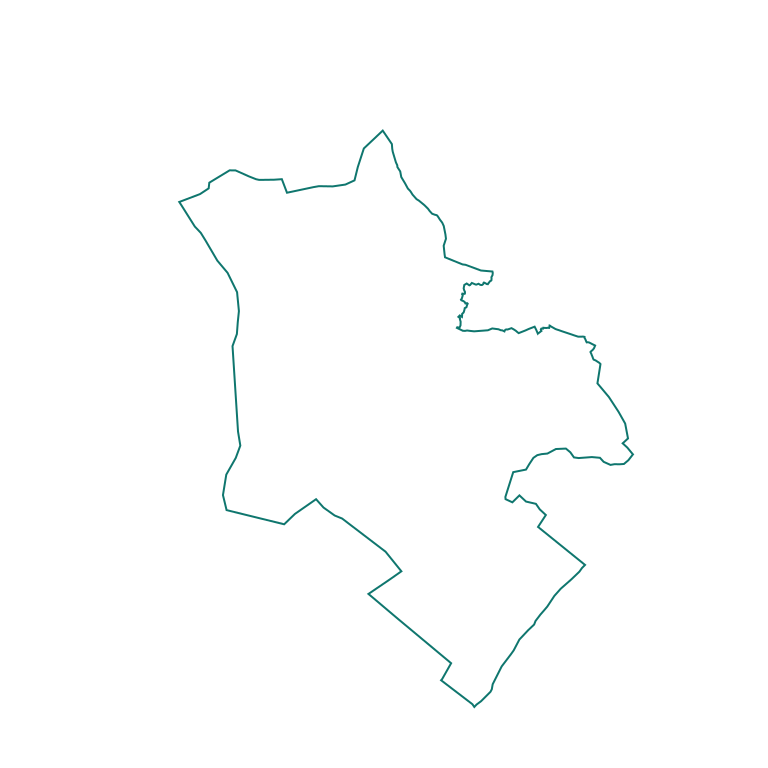 outline of Wamakko, Sokoto, Nigeria, rotated 308°
{"feature_id": "59680162B10831398447622", "entity_name": "Wamakko", "entity_type": "district", "adm_level": 2, "iso_a3": "NGA", "parent_name": "Nigeria", "parent_adm1": "Sokoto", "projection": "equal_earth", "projection_center": [5.187, 13.089], "detail": "fine", "context": "isolated", "style": "outline", "palette": "teal", "viewbox_px": 768, "rotation_deg": 308, "n_neighbors": 0, "source": "geoboundaries", "source_scale": "gbopen_adm2", "svg_char_len": 4030}
<svg xmlns="http://www.w3.org/2000/svg" viewBox="0 0 768 768"><g transform="rotate(308 384 384)"><path d="M185.1,654.0L188.4,654.3L193.9,655.8L207.0,657.4L209.8,656.9L214.3,654.5L233.9,650.6L249.0,650.4L253.9,650.2L266.0,648.0L279.0,649.2L286.9,650.4L290.5,649.3L298.6,649.2L304.0,649.5L309.1,649.7L321.9,648.7L331.5,649.3L345.3,651.9L356.4,653.5L360.9,653.3L365.2,653.8L366.2,593.4L380.4,592.2L381.1,583.9L383.1,577.5L378.8,568.3L379.6,559.3L369.8,558.0L368.1,550.7L369.7,549.2L394.1,540.1L404.0,548.6L410.3,547.8L417.8,547.2L422.3,548.6L425.7,551.3L429.8,555.6L438.6,559.5L445.1,567.1L444.9,572.9L443.1,578.9L445.5,583.0L454.4,592.8L458.8,599.6L457.9,605.0L459.7,612.3L462.6,614.9L466.0,619.3L468.7,622.3L474.4,623.5L481.8,623.5L481.8,623.4L483.7,614.9L484.2,608.6L491.3,609.8L501.3,598.4L506.5,585.9L512.2,569.2L515.9,551.8L533.0,542.3L533.1,541.6L533.2,540.7L533.2,539.9L533.1,539.1L533.0,538.5L533.0,537.7L532.9,537.0L532.9,536.6L532.8,535.9L532.6,535.4L532.4,534.7L532.3,534.1L532.9,532.9L534.0,531.2L534.7,529.9L535.4,528.8L536.3,527.0L537.0,527.0L538.0,527.2L538.9,527.4L540.1,527.5L540.8,527.5L541.3,527.5L542.2,527.3L543.2,527.0L544.3,526.7L543.6,523.3L543.4,522.1L543.0,520.1L542.4,518.9L541.6,518.1L542.1,517.0L543.0,515.5L543.6,514.3L543.8,513.6L544.6,513.0L544.1,512.0L543.7,511.4L542.4,509.9L541.0,508.1L540.7,507.5L539.0,502.8L539.0,502.7L538.3,500.7L535.1,491.7L533.9,488.1L533.6,487.4L532.9,485.3L532.5,482.5L532.1,479.9L532.2,479.2L532.0,478.5L531.3,478.9L529.9,479.6L529.4,478.9L528.9,478.2L528.1,477.5L527.7,476.9L527.1,476.1L526.8,475.5L526.4,474.9L525.6,475.3L525.4,475.2L525.0,474.5L524.6,473.9L524.1,473.9L523.5,474.0L523.0,474.7L522.8,475.2L522.7,475.4L522.1,475.2L521.2,475.0L519.7,474.6L518.6,474.2L518.4,474.2L518.5,474.0L520.4,470.6L521.9,467.4L516.7,464.3L515.4,463.6L513.3,462.5L507.0,458.8L507.0,457.0L507.1,455.1L506.9,452.6L506.5,450.1L504.5,448.8L503.7,448.3L502.9,447.7L502.3,446.8L501.6,446.3L500.5,446.2L499.6,446.5L499.1,444.2L498.3,443.0L497.6,440.5L494.4,435.1L490.3,432.8L481.0,422.6L479.0,419.4L477.3,416.5L475.8,415.2L474.5,413.4L473.1,406.9L473.8,406.8L474.9,408.8L477.3,408.2L480.3,406.0L481.8,403.9L482.7,403.4L482.7,401.3L484.7,401.5L484.9,404.1L486.0,403.4L487.4,402.4L489.4,402.7L491.8,401.8L493.5,400.9L495.2,401.7L497.5,400.8L498.8,400.5L498.9,399.8L498.2,399.0L497.6,398.6L498.3,397.0L498.2,395.5L497.6,393.4L497.9,392.7L498.9,392.8L499.5,392.6L502.1,391.6L502.5,391.3L502.8,390.3L503.5,390.1L504.5,391.8L504.9,392.1L505.4,391.9L506.5,391.0L507.2,389.5L508.4,387.9L511.5,386.3L514.1,387.3L514.3,390.5L515.0,390.9L517.7,391.0L518.8,395.0L519.2,395.6L521.2,396.8L521.4,398.8L522.0,399.9L522.6,400.4L523.5,400.6L524.3,400.6L524.6,400.4L524.9,400.2L525.5,400.3L525.9,402.1L526.0,403.4L526.6,404.4L527.8,404.2L528.4,404.3L528.7,404.4L529.5,404.2L530.1,404.2L530.7,404.5L531.5,404.8L532.1,404.7L532.5,404.3L533.1,404.0L534.3,402.9L536.6,402.5L538.5,401.3L539.4,400.2L533.1,390.5L528.1,374.8L526.6,372.3L521.4,354.1L523.4,352.0L529.7,345.9L536.6,343.4L539.6,340.4L545.3,333.8L547.0,330.5L547.9,327.0L549.3,323.0L549.5,321.6L548.7,319.9L547.8,317.1L548.4,313.6L549.2,310.8L549.8,305.8L550.0,298.7L549.7,295.8L550.8,289.9L551.9,286.9L552.3,285.5L552.7,282.5L555.1,277.0L557.7,270.2L561.5,265.9L563.2,261.0L564.5,259.8L566.0,256.9L572.4,247.9L574.4,245.7L577.9,242.5L582.9,227.0L557.2,223.1L538.8,229.8L526.3,235.4L517.4,230.8L508.2,222.0L499.8,210.9L495.7,207.2L475.0,189.8L482.5,177.4L477.3,171.6L468.0,160.0L466.6,157.1L464.4,149.6L460.9,135.5L457.3,130.8L435.1,122.4L430.2,125.4L420.4,122.1L401.4,110.6L400.2,114.1L391.6,138.0L390.3,146.6L387.2,155.0L378.6,176.7L375.3,192.3L365.9,211.7L362.6,214.8L362.3,215.1L352.1,224.8L342.7,230.7L332.8,237.3L320.6,241.3L256.7,298.2L247.0,308.7L234.5,312.7L215.5,315.5L197.3,325.5L187.7,337.6L212.0,391.7L226.8,393.8L251.4,401.4L249.4,412.4L250.0,426.1L252.2,433.8L252.8,488.5L247.1,513.0L233.9,509.0L209.0,501.0L207.5,540.0L205.3,608.8L187.2,611.5L185.7,611.4L186.1,650.8L185.1,654.0Z" fill="none" stroke="#0f766e" stroke-width="2"/></g></svg>